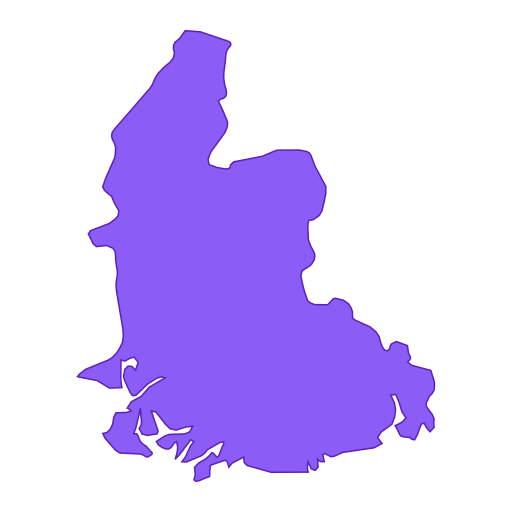 map outline of Vest-Agder (orthographic projection)
{"feature_id": "NOR-916", "entity_name": "Vest-Agder", "entity_type": "County", "adm_level": 1, "iso_a3": "NOR", "parent_name": "Norway", "parent_adm1": "", "projection": "orthographic", "projection_center": [7.224, 58.601], "detail": "fine", "context": "isolated", "style": "filled", "palette": "violet", "viewbox_px": 512, "rotation_deg": 0, "n_neighbors": 0, "source": "natural_earth", "source_scale": "10m", "svg_char_len": 4281}
<svg xmlns="http://www.w3.org/2000/svg" viewBox="0 0 512 512"><path d="M434.2,419.2L433.8,421.1L433.9,425.4L434.1,427.4L430.0,431.8L426.9,428.2L424.1,423.3L421.3,424.0L417.2,435.0L414.6,439.8L412.0,439.3L409.8,437.5L403.4,436.9L400.8,435.9L399.7,434.5L397.4,429.6L395.2,425.6L400.8,422.9L403.5,420.8L405.9,417.7L402.0,412.0L399.0,402.2L395.8,394.5L390.8,395.2L394.4,402.7L395.6,410.0L394.6,417.2L391.8,424.4L381.4,431.8L377.6,437.5L382.0,443.5L374.1,447.8L342.7,452.4L334.9,456.0L331.1,456.8L324.8,453.6L322.8,454.6L324.3,461.7L320.7,461.6L319.1,460.8L317.5,459.2L318.1,467.0L315.3,470.4L311.2,468.8L308.2,461.8L307.4,466.8L307.5,469.0L308.2,472.1L271.3,472.3L247.1,465.5L244.3,462.6L243.6,457.1L232.0,463.2L228.9,467.2L227.2,461.7L225.1,460.2L210.8,465.1L210.1,466.7L210.1,468.4L210.0,469.5L209.7,471.5L209.8,474.1L209.5,476.4L208.0,477.3L206.4,477.6L199.1,480.7L195.8,481.3L194.0,479.8L195.3,474.5L194.5,467.4L199.0,462.7L205.2,459.3L209.4,455.7L211.8,452.6L213.7,453.4L215.5,455.8L217.4,457.1L219.0,455.3L222.2,446.8L223.6,444.2L223.6,441.7L219.7,442.6L207.3,449.8L204.7,453.2L201.5,455.7L186.5,462.0L181.9,461.8L185.3,457.2L190.6,445.8L193.9,441.6L190.8,439.7L179.7,454.5L175.1,459.3L176.5,454.9L177.4,450.9L177.6,446.6L176.6,441.6L174.3,443.1L171.0,447.6L168.5,449.1L165.5,448.9L161.8,447.3L158.3,444.7L156.3,441.5L165.0,435.9L169.4,434.4L184.9,433.9L189.8,431.7L192.6,426.4L186.7,426.8L176.0,430.1L170.0,428.7L165.2,423.9L156.0,412.1L151.3,411.0L158.1,431.0L157.1,433.9L147.2,435.4L142.1,434.0L139.1,428.5L141.4,424.6L141.4,420.1L140.7,414.6L140.5,408.2L135.9,427.8L133.7,433.7L136.6,433.8L138.0,435.6L138.9,438.4L140.3,441.3L142.4,443.6L146.4,446.4L150.4,451.1L152.1,452.7L152.0,454.3L148.3,456.8L146.4,457.0L142.4,454.6L140.3,454.0L119.8,453.0L115.4,450.1L105.0,438.2L102.8,433.4L106.7,432.6L110.2,429.3L112.7,424.0L113.8,417.0L116.0,412.8L127.0,412.4L131.2,410.9L128.4,408.6L127.2,408.1L131.4,401.7L141.2,396.3L149.2,387.2L164.9,378.0L161.5,376.8L156.5,378.3L147.4,384.2L136.0,395.2L132.6,395.7L130.2,392.6L124.6,380.4L123.5,376.4L124.8,369.4L128.0,366.1L131.9,366.4L135.5,370.2L138.2,362.4L134.1,357.1L129.6,358.4L125.0,361.1L121.0,360.0L120.8,380.2L121.9,387.6L109.5,388.1L97.2,380.6L78.1,376.9L77.5,376.6L79.5,374.1L85.6,369.3L107.2,360.5L110.0,359.1L112.7,357.1L116.8,352.8L120.0,347.7L122.5,342.3L123.3,335.8L123.0,329.5L116.6,291.8L116.0,285.4L116.3,281.2L117.4,274.8L117.3,271.1L115.6,260.2L115.6,256.0L115.1,251.6L113.1,248.3L106.7,245.5L96.4,246.6L93.2,243.8L88.4,234.0L90.4,230.7L109.5,223.4L115.5,218.7L118.1,215.8L118.8,210.7L113.9,202.0L111.6,196.4L105.5,191.4L103.8,189.1L102.7,186.9L105.7,178.2L114.7,157.8L115.4,153.6L115.6,147.1L114.4,143.2L112.4,139.2L111.6,136.1L112.0,133.0L114.1,129.6L149.9,88.4L152.3,84.7L155.0,78.3L158.1,73.4L163.8,67.4L170.3,62.0L173.4,57.9L174.5,52.8L173.4,48.4L173.6,45.3L175.1,42.2L179.6,38.5L185.2,30.7L200.3,31.8L228.3,41.3L230.1,42.3L230.8,43.8L230.6,45.6L228.6,47.9L227.0,50.2L225.9,54.1L225.3,61.5L223.9,72.0L223.7,78.1L224.7,84.8L225.9,89.0L226.6,92.9L226.0,95.9L223.6,98.4L220.8,99.0L218.4,101.0L222.9,110.7L226.5,119.1L227.6,122.4L227.2,127.1L224.8,132.8L210.9,151.9L209.1,156.4L208.0,159.7L209.3,164.7L216.9,167.5L225.8,169.0L228.3,168.6L230.1,167.6L230.5,164.9L233.7,161.8L262.3,156.3L276.6,150.2L299.3,150.0L307.0,151.6L309.4,153.0L310.9,155.3L315.0,166.2L325.8,186.4L325.8,193.4L324.1,202.1L321.8,211.1L319.4,215.2L317.7,216.8L316.4,217.4L313.9,219.3L312.7,219.8L311.5,220.1L309.2,220.0L308.2,222.5L307.8,227.5L308.4,239.9L310.7,246.0L314.5,253.3L314.8,256.2L314.3,259.6L312.1,263.4L310.2,265.6L303.2,270.1L301.8,271.6L300.9,276.3L303.1,286.5L304.7,292.1L307.6,300.6L310.4,302.9L314.6,304.6L327.7,304.8L333.3,298.7L335.4,298.3L343.4,300.2L348.4,303.7L351.3,308.2L352.4,311.7L352.6,317.1L353.0,318.6L355.7,320.4L370.2,327.0L375.8,331.7L379.1,336.6L380.8,343.0L382.4,347.1L384.7,350.1L387.2,350.9L389.4,349.1L390.3,346.1L391.3,344.0L396.3,341.5L407.4,345.6L408.2,351.0L408.6,353.5L409.4,354.8L410.4,356.9L410.4,358.7L409.6,360.0L408.5,360.9L407.7,362.0L411.6,365.3L430.8,370.4L433.6,379.3L434.5,383.3L434.5,386.1L434.0,390.3L432.1,393.5L430.9,394.9L430.0,395.6L429.4,396.3L428.5,397.8L427.6,400.5L426.3,402.4L426.2,404.7L426.4,406.6L432.3,414.6L434.2,419.2Z" fill="#8b5cf6" stroke="#5b21b6" stroke-width="1.5"/></svg>